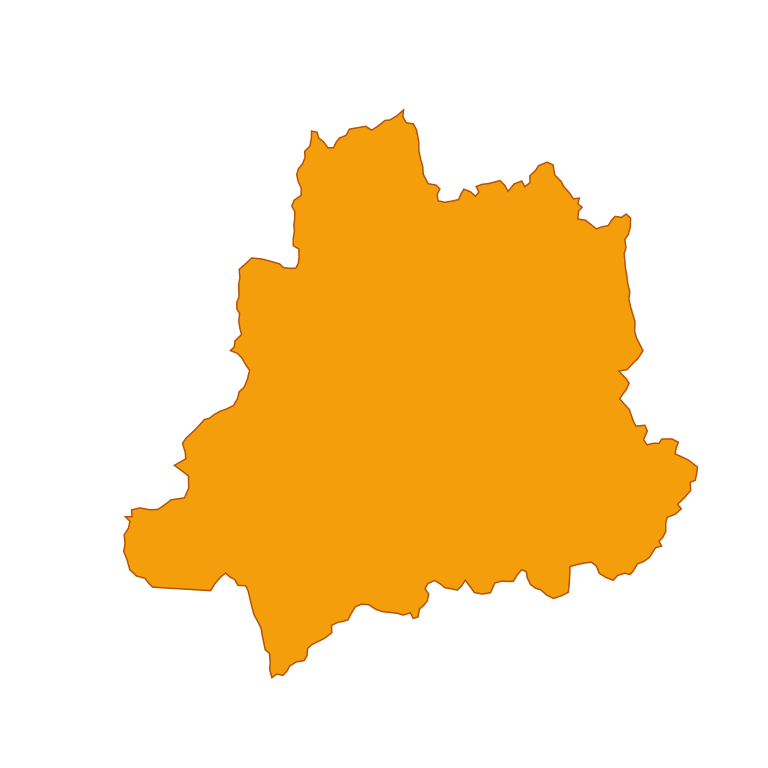 Tijucas do Sul, Paraná, Brazil, rotated 348°
{"feature_id": "56859067B30138498988060", "entity_name": "Tijucas do Sul", "entity_type": "district", "adm_level": 2, "iso_a3": "BRA", "parent_name": "Brazil", "parent_adm1": "Paraná", "projection": "orthographic", "projection_center": [-49.109, -25.886], "detail": "fine", "context": "isolated", "style": "filled", "palette": "amber", "viewbox_px": 768, "rotation_deg": 348, "n_neighbors": 0, "source": "geoboundaries", "source_scale": "gbopen_adm2", "svg_char_len": 4006}
<svg xmlns="http://www.w3.org/2000/svg" viewBox="0 0 768 768"><g transform="rotate(348 384 384)"><path d="M213.3,648.0L218.7,645.4L224.7,648.0L229.8,644.3L233.1,640.2L240.5,637.6L248.4,638.0L252.2,633.8L254.3,626.8L259.2,623.9L266.2,622.1L271.8,620.7L276.7,618.6L281.2,616.4L282.5,609.2L289.1,607.5L294.1,607.7L299.8,607.2L303.9,602.0L309.6,596.0L316.3,594.7L323.2,596.7L329.2,602.8L335.6,606.5L342.1,608.6L348.8,610.8L354.8,614.0L362.2,613.4L363.8,619.4L368.9,618.9L371.8,611.7L377.2,608.6L381.3,605.1L384.1,598.7L381.6,592.7L385.4,588.4L392.7,586.7L397.8,591.6L401.2,595.9L407.7,598.5L412.8,600.8L417.6,598.0L422.7,592.8L426.0,599.9L429.0,606.8L436.5,609.9L444.8,610.3L451.0,601.7L458.3,601.3L464.2,602.9L469.5,603.9L474.3,598.7L480.2,594.2L484.3,597.4L483.8,603.5L485.8,610.8L489.7,615.2L494.6,618.0L499.0,624.0L505.2,629.0L513.2,628.1L520.9,626.1L523.0,620.0L524.8,613.8L526.6,607.2L527.9,601.3L534.9,600.8L542.9,600.8L549.8,601.4L554.0,606.3L555.2,614.0L561.1,619.5L567.4,623.7L572.8,619.8L580.3,619.2L585.0,621.5L589.1,618.6L594.4,612.7L601.3,611.6L607.7,608.7L612.0,604.3L615.7,600.6L621.9,600.3L620.3,594.9L624.5,592.3L629.0,586.8L630.7,578.5L633.3,573.3L642.0,571.9L648.8,567.9L646.2,562.7L654.9,557.2L661.9,551.8L663.0,544.0L668.4,542.9L671.2,536.7L673.4,530.5L666.0,521.7L660.6,517.6L654.2,512.8L656.5,507.3L659.9,502.2L654.2,497.6L644.2,495.6L640.5,499.3L635.7,498.0L628.6,498.1L626.3,492.3L631.8,484.8L630.6,478.6L621.7,477.6L620.2,472.5L618.6,459.9L614.5,452.9L611.5,447.5L615.5,443.5L619.6,440.0L623.9,434.3L622.1,429.4L616.3,420.2L624.6,420.5L632.8,414.9L637.6,412.0L644.2,405.3L640.6,391.5L640.1,384.7L642.5,375.2L641.7,365.7L641.2,359.1L641.3,351.3L643.6,345.1L643.3,336.5L644.1,327.3L644.3,320.3L645.4,312.1L646.1,306.2L649.1,300.9L649.6,292.7L653.9,288.7L657.6,281.6L659.7,273.0L656.2,268.1L650.9,270.4L644.9,268.1L640.5,271.2L636.4,275.6L629.3,275.6L624.0,276.5L615.2,265.7L607.9,262.9L610.3,255.4L614.5,252.3L611.1,248.2L613.7,242.8L607.7,242.2L605.2,235.8L600.8,228.1L599.5,222.9L594.5,215.1L594.9,204.8L589.6,200.9L580.6,202.6L576.4,206.8L570.0,210.6L568.7,217.4L562.7,220.3L561.0,214.1L552.7,215.4L545.4,221.5L543.4,214.6L539.7,209.1L528.7,209.7L521.1,209.1L515.2,210.0L516.7,216.0L512.5,219.4L508.5,213.9L502.6,210.0L498.3,214.8L495.3,219.1L488.8,219.2L481.3,218.9L475.1,216.1L475.2,210.0L479.2,204.8L476.2,200.2L468.9,197.3L466.0,187.0L467.1,179.6L466.6,172.6L466.6,163.1L468.4,154.3L468.6,142.2L466.8,135.6L460.2,133.2L458.0,126.4L460.1,120.0L452.1,124.4L444.6,127.0L439.7,126.4L432.6,130.1L424.7,133.2L419.7,128.1L410.2,127.8L403.2,127.5L398.6,132.9L391.6,134.1L387.4,137.6L383.8,142.4L378.3,141.3L375.3,134.7L371.2,129.6L370.9,123.8L365.7,121.5L364.2,128.1L361.1,135.8L354.8,139.9L353.8,146.2L349.9,151.9L345.1,155.6L342.1,161.1L342.2,168.1L343.8,175.5L342.0,182.4L334.4,185.5L330.8,190.8L332.6,196.8L330.9,204.2L328.8,209.7L328.3,215.4L325.4,223.1L324.0,229.8L328.8,234.3L327.2,242.5L325.5,247.8L321.8,252.4L316.1,251.3L309.9,249.3L307.0,244.9L299.6,240.9L290.7,236.4L280.7,233.2L275.2,236.7L266.2,241.8L265.1,250.2L262.6,256.2L260.3,268.6L256.9,273.7L255.7,280.0L257.4,285.0L255.1,292.1L254.6,299.2L254.9,306.0L247.1,310.9L245.3,316.6L240.7,319.4L246.9,323.4L250.3,328.9L252.8,336.6L255.4,342.7L251.6,350.5L246.7,357.9L240.6,361.6L237.8,367.7L232.2,373.8L224.7,375.7L217.8,376.6L211.5,378.6L206.1,381.2L201.0,381.4L195.8,385.2L189.6,389.5L178.7,396.1L174.6,400.3L175.4,409.3L174.6,416.0L162.0,420.0L168.1,426.7L173.6,433.3L171.3,445.2L165.1,453.9L151.6,453.0L143.9,456.8L136.7,459.7L128.7,458.3L119.6,454.5L110.9,454.6L109.9,461.4L103.4,460.0L107.0,465.5L103.9,472.1L98.4,477.6L97.7,485.8L94.6,493.7L96.2,503.1L96.7,512.8L101.9,520.3L109.7,524.3L112.2,529.6L115.4,534.6L171.5,550.1L176.8,544.4L184.3,538.7L189.8,536.0L193.1,540.7L197.2,544.0L199.3,550.6L206.8,552.6L208.1,558.3L208.4,573.9L208.9,582.7L211.5,591.3L213.0,597.5L212.6,605.4L212.6,613.6L212.6,619.3L215.9,623.6L214.9,632.2L212.8,639.7L213.3,648.0Z" fill="#f59e0b" stroke="#b45309" stroke-width="1.5"/></g></svg>